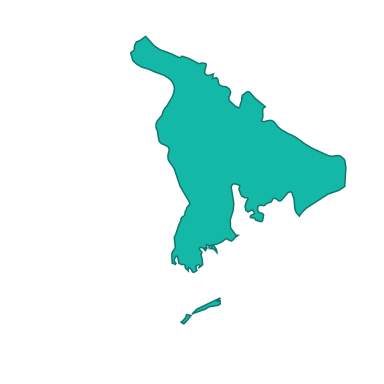 SVG path tracing the border of Ad Daqahliyah, rotated 122°
{"feature_id": "EGY-1537", "entity_name": "Ad Daqahliyah", "entity_type": "Governorate", "adm_level": 1, "iso_a3": "EGY", "parent_name": "Egypt", "parent_adm1": "", "projection": "robinson", "projection_center": [31.652, 31.05], "detail": "fine", "context": "isolated", "style": "filled", "palette": "teal", "viewbox_px": 384, "rotation_deg": 122, "n_neighbors": 0, "source": "natural_earth", "source_scale": "10m", "svg_char_len": 4223}
<svg xmlns="http://www.w3.org/2000/svg" viewBox="0 0 384 384"><g transform="rotate(122 192 192)"><path d="M205.4,131.9L205.7,131.8L205.3,131.3L205.0,131.2L204.7,130.9L204.3,129.9L207.5,131.3L209.0,131.6L211.1,131.8L212.9,132.8L213.2,135.3L213.3,137.7L214.1,138.8L216.6,139.5L220.1,141.2L223.4,143.6L225.6,146.2L227.3,141.9L228.5,140.1L230.2,138.8L229.3,141.2L228.9,142.9L229.2,144.3L230.2,146.2L227.1,146.2L227.1,148.0L230.2,148.0L229.5,148.6L228.8,149.0L228.5,149.8L228.7,151.6L229.7,151.4L230.3,150.9L230.8,150.3L231.7,149.6L232.0,150.0L231.9,150.7L232.2,151.3L233.2,151.6L233.2,149.6L234.7,149.6L233.6,153.3L234.7,155.8L236.5,155.7L237.8,151.6L240.4,151.2L243.9,147.4L248.1,144.4L253.2,146.2L250.0,146.2L250.0,148.0L253.2,149.6L253.8,148.5L255.1,147.4L256.2,146.2L259.4,148.0L259.4,149.6L258.4,150.8L258.1,151.7L257.7,155.2L260.2,154.0L260.9,153.4L260.5,155.6L260.1,157.1L259.3,158.1L257.7,158.8L257.7,160.4L259.2,162.7L259.3,165.5L254.7,169.6L254.7,171.4L257.1,171.5L258.9,171.0L260.3,169.8L260.9,167.8L262.3,167.8L262.6,170.6L262.8,171.2L256.0,175.8L253.8,176.8L253.2,176.8L249.3,176.7L248.2,176.8L247.4,177.1L240.5,182.6L240.0,182.9L239.6,183.0L236.9,183.3L226.5,185.8L223.3,186.1L222.8,186.2L221.3,186.9L220.3,187.2L219.8,187.2L219.3,187.2L218.3,186.9L216.6,186.2L216.1,186.1L215.6,186.1L214.6,186.2L212.7,187.2L212.2,187.4L210.5,187.4L209.5,187.6L208.6,187.9L208.1,188.0L207.0,188.0L205.5,187.7L204.4,187.6L203.3,187.7L202.9,187.8L201.7,189.3L193.5,205.0L181.8,219.2L179.7,223.6L178.6,226.7L177.2,229.3L174.3,231.5L172.6,232.3L170.1,233.0L168.1,233.8L166.5,235.7L166.4,238.8L167.1,242.9L166.9,245.3L165.6,247.6L158.7,253.6L156.5,256.6L153.0,258.7L150.1,259.1L142.7,258.1L140.6,258.8L137.1,259.4L134.9,259.3L132.8,258.9L121.9,259.1L117.6,260.1L114.0,261.5L111.8,263.2L110.0,265.5L108.6,268.4L107.9,272.1L107.8,277.5L109.8,286.6L110.8,294.0L112.2,298.8L112.7,301.2L112.9,306.4L111.9,311.7L106.7,317.7L101.8,316.2L99.9,317.6L97.0,318.5L94.0,318.6L91.1,316.4L84.6,313.8L88.0,301.8L88.3,294.7L85.7,282.5L85.0,275.4L84.5,273.4L83.5,272.9L82.4,272.7L81.9,271.9L80.4,265.4L79.6,254.3L77.4,251.9L76.4,250.1L75.8,248.2L76.9,247.1L82.0,245.6L83.5,244.7L84.4,244.6L84.9,243.8L85.0,241.0L84.5,240.0L83.3,238.6L81.8,237.3L80.5,236.4L82.1,236.1L83.1,235.6L83.8,235.1L85.0,234.6L82.0,231.8L82.8,229.7L85.1,227.8L86.6,225.6L86.4,222.3L85.3,220.2L84.5,218.1L85.0,214.8L86.9,212.1L89.3,211.3L91.9,211.0L94.3,209.4L94.9,208.2L96.3,200.7L95.9,198.7L96.2,197.4L95.4,196.7L94.2,196.5L92.2,197.5L90.0,197.9L87.7,198.5L85.8,199.7L83.3,200.5L82.7,200.4L80.6,199.5L79.3,199.1L78.0,198.5L76.8,197.0L77.1,194.9L79.2,187.9L80.8,175.4L81.1,174.9L81.7,175.3L82.1,175.7L83.6,176.2L87.3,174.1L89.1,172.7L91.6,171.3L93.6,171.3L95.0,170.6L94.2,168.2L90.4,164.6L89.2,162.4L88.9,160.0L91.1,154.1L91.8,149.7L91.6,142.1L90.9,137.6L90.6,133.0L91.4,121.3L91.2,113.1L89.2,97.1L88.6,94.6L87.6,92.2L84.5,88.6L83.5,87.2L82.9,85.0L83.1,82.8L83.6,80.4L84.4,78.9L90.0,74.3L106.3,65.4L112.7,68.3L121.8,75.6L145.0,86.5L152.3,88.2L155.6,88.1L155.5,88.5L154.8,91.0L154.2,92.5L153.1,94.3L151.6,96.0L143.9,101.8L140.1,106.4L139.5,107.4L139.8,108.9L141.6,110.2L151.6,111.8L153.0,112.5L153.6,114.2L153.2,116.0L153.3,117.9L154.0,119.2L155.5,119.9L157.1,119.5L158.8,119.8L161.6,122.2L163.2,123.0L164.7,123.1L165.7,124.2L167.3,127.5L168.0,128.0L169.5,128.5L171.7,127.4L173.1,126.1L173.7,124.6L173.6,123.5L172.9,121.1L173.0,120.2L173.3,119.2L177.7,117.4L178.8,117.2L180.2,117.2L181.2,119.2L181.5,121.0L182.1,123.2L181.3,124.3L181.3,126.3L182.7,128.4L182.0,129.6L180.1,129.5L178.2,127.9L176.7,127.9L176.2,128.7L175.8,129.7L175.2,131.7L179.3,133.8L178.9,136.8L175.8,139.5L171.4,140.7L167.7,141.0L167.6,142.1L168.9,144.3L169.1,147.9L165.0,153.6L161.2,154.8L161.7,158.0L162.6,160.5L164.2,161.7L166.9,161.5L179.4,150.6L185.2,147.5L195.1,144.9L202.0,140.3L205.4,131.9ZM271.9,108.7L274.3,109.8L279.8,116.1L281.2,117.2L284.4,118.7L293.3,125.8L295.5,127.3L288.7,125.8L266.7,111.8L267.9,111.9L268.9,111.8L269.5,112.1L271.2,113.6L270.7,111.6L269.6,110.5L269.5,110.4L270.4,109.9L271.9,108.7ZM308.2,132.3L306.0,131.5L301.5,130.8L298.8,131.8L297.2,127.3L300.0,127.7L302.9,127.9L308.2,129.0L308.2,130.8L308.2,132.2L308.2,132.3Z" fill="#14b8a6" stroke="#0f766e" stroke-width="1.5"/></g></svg>